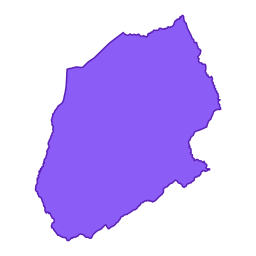 outline of Namuno, Cabo Delgado, Mozambique
{"feature_id": "85939544B68242516881190", "entity_name": "Namuno", "entity_type": "district", "adm_level": 2, "iso_a3": "MOZ", "parent_name": "Mozambique", "parent_adm1": "Cabo Delgado", "projection": "equal_earth", "projection_center": [38.965, -13.738], "detail": "fine", "context": "isolated", "style": "filled", "palette": "violet", "viewbox_px": 256, "rotation_deg": 0, "n_neighbors": 0, "source": "geoboundaries", "source_scale": "gbopen_adm2", "svg_char_len": 5771}
<svg xmlns="http://www.w3.org/2000/svg" viewBox="0 0 256 256"><path d="M60.2,236.2L62.7,237.3L65.9,237.8L67.1,240.3L67.7,240.6L68.4,240.6L69.1,240.3L71.8,237.8L72.4,237.6L72.7,238.0L73.7,237.2L76.1,237.0L77.0,236.2L77.8,236.1L79.0,234.5L80.8,234.0L83.5,234.8L85.2,236.7L86.1,237.3L87.9,237.2L90.0,238.3L91.2,238.1L91.7,237.5L93.1,234.5L94.2,233.3L94.7,233.1L95.4,232.3L98.2,230.2L99.6,229.9L101.5,228.7L104.7,225.3L105.9,224.9L107.0,226.9L108.3,228.7L109.0,228.7L110.6,227.5L111.5,226.6L112.7,226.4L114.2,225.4L115.3,224.4L115.9,223.3L118.0,221.9L119.3,219.9L119.8,219.5L121.1,216.9L123.1,216.1L123.9,215.2L125.1,214.6L126.5,214.6L127.2,214.3L128.3,213.3L129.6,212.8L133.4,210.0L135.3,209.6L135.7,209.3L136.9,208.4L138.1,206.6L140.4,204.7L140.8,203.4L141.2,202.9L142.9,202.5L145.1,200.8L146.1,201.1L147.0,200.5L148.2,200.3L149.1,201.1L150.0,200.9L151.1,201.1L152.6,201.9L153.1,201.4L153.8,201.5L155.1,200.7L156.1,199.9L159.0,196.8L162.3,194.0L163.5,192.0L163.4,189.2L163.7,188.5L166.1,186.9L167.2,186.8L169.0,184.7L170.3,183.7L172.5,182.9L174.7,180.5L175.2,180.3L177.0,180.8L178.1,182.7L181.0,183.9L182.1,185.1L182.5,186.3L183.5,187.1L184.1,187.3L186.4,185.9L186.7,184.7L187.2,184.0L188.8,183.6L189.1,183.2L191.0,182.8L192.4,181.3L193.4,180.9L194.1,180.2L194.3,178.9L194.6,177.8L195.4,177.0L196.8,177.1L197.8,176.1L198.9,176.0L199.4,175.7L200.7,174.0L201.0,172.4L202.5,171.0L203.6,170.5L205.3,171.3L207.5,170.6L208.7,169.4L209.3,169.9L209.6,169.7L209.7,169.2L209.2,168.8L207.9,168.8L207.6,169.0L207.1,168.9L206.5,168.4L206.1,167.3L206.8,165.9L206.6,164.6L206.3,164.2L205.1,163.7L204.3,161.7L204.0,161.4L203.1,162.4L202.7,162.4L201.1,160.9L199.2,160.9L198.0,159.7L197.3,159.5L196.6,159.5L194.5,160.6L194.2,160.5L194.1,160.0L194.2,159.0L194.1,158.6L193.4,158.3L192.4,157.2L192.3,156.4L192.4,155.3L192.3,154.8L190.9,154.0L190.6,153.4L190.5,152.9L191.2,152.4L191.0,151.2L191.0,149.7L190.7,148.6L189.6,147.9L189.3,147.3L189.0,147.1L189.9,146.5L189.1,144.8L188.6,142.2L188.6,141.6L188.9,140.7L189.6,140.4L190.0,139.8L191.0,137.1L193.3,135.1L194.2,132.8L195.0,131.7L196.8,130.9L198.6,130.4L202.8,128.7L206.7,126.9L207.3,124.6L208.6,121.2L209.1,120.5L210.4,119.6L210.9,118.9L211.7,116.6L212.6,114.9L213.6,111.7L215.5,110.2L216.7,109.7L218.1,109.3L219.5,109.6L220.6,109.2L220.6,108.1L219.6,106.5L219.7,104.8L218.6,103.4L218.3,102.3L218.4,101.3L218.6,100.6L219.6,100.4L219.9,99.9L218.6,99.6L217.7,98.9L217.8,98.5L218.4,97.8L218.6,96.7L218.1,95.4L218.0,93.8L217.5,93.1L216.7,92.9L216.7,91.2L215.8,90.7L215.4,90.1L215.5,88.5L214.8,88.2L214.1,87.3L214.5,86.7L214.6,85.9L213.1,84.4L213.3,83.3L213.2,82.6L212.1,81.7L212.0,81.0L212.5,78.8L211.9,77.2L211.5,76.6L210.8,77.4L210.4,77.4L210.0,77.1L208.8,77.1L208.0,76.1L208.0,75.1L207.7,75.0L207.0,75.1L206.4,73.5L205.4,71.9L205.4,71.2L205.8,69.4L205.9,66.4L205.2,64.4L203.9,64.2L202.6,64.4L201.9,63.1L199.7,62.6L198.5,61.1L198.4,60.5L199.1,59.0L198.8,58.3L198.0,57.9L197.8,56.8L200.0,54.1L200.8,51.0L200.6,50.2L200.4,49.8L199.0,49.0L198.0,48.1L197.8,46.4L197.0,45.3L196.8,43.4L196.5,42.6L196.1,42.4L194.8,42.7L194.3,42.4L194.0,41.8L193.9,40.8L193.7,39.9L193.0,39.0L192.2,38.5L191.2,35.7L187.4,28.2L186.1,23.3L184.4,21.5L183.8,19.2L183.6,16.7L183.3,15.9L182.4,15.4L181.5,16.1L180.9,17.0L180.1,16.9L179.8,17.9L180.1,18.4L179.3,18.6L178.9,19.2L178.2,19.0L177.9,19.3L177.0,19.4L176.7,20.3L176.1,20.3L175.1,21.1L174.4,22.5L173.8,24.8L172.8,25.9L171.7,26.6L170.7,26.9L169.9,27.6L168.5,26.8L167.9,26.9L167.2,28.2L166.1,28.2L165.5,29.0L165.2,29.1L164.2,28.6L162.8,29.2L162.0,29.0L161.1,28.3L159.7,28.3L159.3,28.4L159.0,28.8L158.9,29.7L158.7,29.9L157.4,30.4L156.3,30.2L155.6,30.5L154.3,30.2L153.7,30.2L152.6,31.9L151.2,32.1L151.0,32.7L150.2,33.0L149.9,33.6L149.0,33.3L148.1,33.8L147.8,34.4L147.8,35.7L146.6,37.0L146.3,37.0L146.2,36.7L145.8,36.4L144.4,36.4L143.8,35.7L143.1,36.1L140.9,36.3L140.4,35.8L139.6,35.6L139.3,34.6L138.6,34.2L137.9,34.3L136.5,35.2L134.2,34.3L133.4,34.8L132.0,34.9L129.9,34.0L128.4,35.2L127.3,35.3L124.6,34.1L123.2,32.6L109.4,43.1L94.0,58.1L89.1,61.3L87.4,62.7L82.9,67.2L80.7,67.5L77.2,67.0L75.9,67.0L71.4,68.3L69.6,68.5L67.1,69.2L66.2,85.9L65.3,92.0L64.2,96.6L63.9,98.8L62.8,101.9L62.1,103.0L60.7,104.2L58.1,106.1L56.6,108.8L55.1,110.4L53.9,113.2L53.4,113.8L52.7,114.2L52.8,115.6L52.0,118.1L52.0,118.8L51.5,119.6L51.6,121.1L51.6,121.6L52.1,122.2L52.0,124.8L52.2,125.2L53.4,126.5L53.3,127.1L53.0,127.7L53.0,128.5L52.8,129.4L53.4,131.0L52.8,132.3L52.2,133.0L51.9,134.7L51.1,135.9L50.6,138.2L49.6,139.6L48.9,141.6L48.3,142.7L48.2,143.4L48.5,145.3L49.2,146.2L49.2,147.1L48.3,148.2L47.7,149.7L47.0,150.5L46.8,151.1L47.1,153.7L46.3,155.6L45.9,157.5L44.2,159.8L44.1,161.2L43.7,162.0L43.8,162.4L44.2,162.6L44.2,163.3L43.5,163.4L43.1,164.2L43.3,166.3L43.0,166.7L41.9,166.9L41.7,168.1L41.5,168.6L40.7,168.6L40.7,169.1L41.1,169.6L41.1,169.8L40.6,170.4L40.1,170.2L39.9,170.5L40.2,171.2L40.1,172.0L39.7,172.2L39.4,171.6L39.1,171.4L38.9,171.6L38.9,172.0L39.5,172.6L39.3,173.1L39.3,174.1L38.1,175.6L38.6,177.1L38.1,177.8L37.2,178.3L37.2,178.8L37.6,179.2L37.7,179.6L37.1,180.1L37.4,183.5L36.3,184.7L36.1,185.8L35.7,186.3L36.0,187.7L35.4,189.0L35.5,189.8L36.2,191.1L37.3,191.8L37.6,192.5L37.5,193.5L37.7,194.0L38.6,195.2L38.9,196.5L41.3,198.1L41.7,198.8L41.7,199.6L42.2,200.5L42.2,201.2L43.4,203.1L43.4,204.0L43.8,206.0L44.0,206.3L44.6,206.6L44.7,207.5L45.1,207.8L44.9,209.9L45.3,211.7L46.2,212.9L46.6,213.0L46.8,212.9L47.2,212.2L47.8,212.0L48.4,212.4L48.7,213.2L48.9,213.5L49.3,213.4L49.5,213.1L50.1,213.3L50.9,215.5L52.0,217.4L52.3,218.2L53.6,218.6L54.0,219.0L54.2,221.0L53.9,222.3L52.2,223.3L51.8,225.1L51.8,225.9L51.3,226.2L51.9,227.8L53.4,228.5L53.8,229.9L54.3,230.0L54.6,230.8L56.4,232.9L56.5,233.6L57.3,234.3L57.8,235.2L58.4,235.3L58.8,235.0L59.4,235.0L60.1,235.7L60.2,236.2Z" fill="#8b5cf6" stroke="#5b21b6" stroke-width="1.5"/></svg>